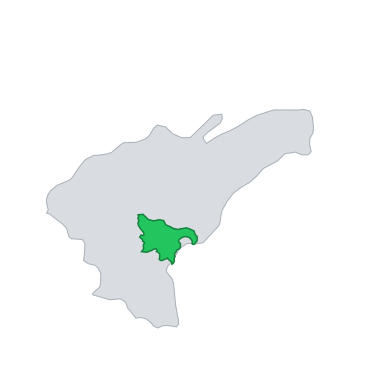 where Azua sits in Dominican Republic, rotated 320°
{"feature_id": "DOM-1974", "entity_name": "Azua", "entity_type": "Province", "adm_level": 1, "iso_a3": "DOM", "parent_name": "Dominican Republic", "parent_adm1": "", "projection": "mercator", "projection_center": [-70.822, 18.624], "detail": "fine", "context": "in_parent", "style": "filled", "palette": "green", "viewbox_px": 384, "rotation_deg": 320, "n_neighbors": 0, "source": "natural_earth", "source_scale": "10m", "svg_char_len": 2806}
<svg xmlns="http://www.w3.org/2000/svg" viewBox="0 0 384 384"><g transform="rotate(320 192 192)"><path d="M67.9,252.5L68.2,239.1L70.3,233.6L68.4,227.8L59.8,221.7L54.5,213.8L49.8,206.8L50.9,205.8L60.2,205.5L63.5,202.9L69.8,195.7L71.1,190.0L70.6,185.6L66.5,180.4L64.9,174.9L69.9,170.1L76.5,163.1L77.4,160.4L77.3,157.7L69.6,150.3L69.0,147.2L72.6,139.1L72.3,133.8L68.7,117.2L67.0,114.7L70.4,113.3L72.7,108.4L75.7,104.0L79.7,101.6L84.2,100.1L93.2,100.2L105.7,104.1L109.2,104.0L121.2,100.5L131.1,98.6L140.4,100.8L144.2,103.8L151.9,108.5L155.8,110.0L168.0,109.9L171.3,110.3L181.5,118.2L190.1,121.3L195.1,121.5L204.1,118.4L208.5,118.5L213.6,125.3L214.6,134.9L218.9,143.6L225.4,149.2L257.6,146.9L264.8,151.5L262.3,155.3L257.8,157.3L242.5,156.4L235.8,156.9L234.4,160.6L234.4,164.2L243.4,165.0L252.1,166.8L261.1,169.6L270.2,171.5L280.4,172.7L290.5,174.8L307.3,181.6L325.9,197.3L330.9,200.8L334.2,205.7L332.6,211.7L325.9,221.6L322.2,224.7L316.7,226.7L313.0,230.7L309.3,237.6L307.1,238.2L304.5,237.9L300.0,234.0L296.9,228.0L287.9,222.4L277.2,223.1L261.5,219.8L252.0,221.4L242.5,221.7L232.8,220.0L223.0,219.5L213.2,221.6L203.8,225.2L200.3,227.5L194.2,233.1L191.0,235.1L167.9,238.0L161.3,233.9L155.1,228.2L146.3,227.5L133.4,231.8L125.4,233.4L122.1,235.3L121.1,237.4L121.1,245.2L119.3,250.0L106.8,268.0L99.7,280.7L96.8,284.6L93.4,285.4L87.3,278.2L83.3,275.5L78.5,274.2L76.4,270.3L76.5,264.8L75.2,259.5L72.2,255.3L67.9,252.5Z" fill="#d9dde1" stroke="#a8b0b8" stroke-width="1"/><path d="M160.2,233.5L159.2,232.8L158.8,232.1L159.0,231.3L159.5,230.9L160.0,230.6L160.4,230.1L160.8,228.4L160.8,226.7L160.6,225.2L160.2,224.2L158.5,222.1L157.5,221.3L155.7,220.6L154.1,220.3L152.2,220.1L150.5,220.6L149.8,222.0L150.1,223.7L149.9,224.4L147.6,226.7L147.0,227.1L146.1,227.3L145.2,227.3L143.6,226.8L142.9,226.7L142.3,226.9L141.2,227.7L140.5,227.9L139.5,227.8L139.1,228.0L138.4,228.7L138.2,229.0L137.7,230.0L137.6,230.4L137.4,230.7L136.3,231.0L135.9,231.2L133.9,233.7L132.8,234.3L130.9,234.6L130.2,234.3L131.4,232.3L130.8,229.7L130.5,228.0L130.7,226.8L128.4,226.2L125.9,225.5L124.9,225.2L124.2,224.6L123.9,223.7L123.5,222.7L125.8,220.7L127.4,218.6L127.2,216.0L126.4,214.7L128.0,214.0L128.1,212.6L126.0,211.2L123.5,210.8L118.7,209.1L115.0,205.3L118.4,204.4L120.5,201.4L121.7,200.9L123.2,200.2L123.0,199.1L122.5,198.2L123.3,197.1L123.4,196.1L122.9,193.0L125.4,192.2L126.1,193.6L127.2,194.1L128.3,193.1L128.9,191.7L128.9,187.4L129.4,183.4L130.4,181.3L132.3,180.0L133.4,178.9L133.7,177.3L135.3,176.5L136.0,174.8L140.1,177.6L140.9,185.1L144.2,189.6L149.0,192.1L151.9,195.7L150.8,200.3L153.1,204.8L154.7,208.9L155.8,209.6L156.4,210.8L157.8,212.1L159.6,212.8L162.2,214.5L164.7,215.8L166.3,218.5L168.0,221.9L168.5,223.4L167.7,224.9L167.1,227.1L167.3,229.5L164.5,232.7L160.2,233.5Z" fill="#22c55e" stroke="#15803d" stroke-width="1.5"/></g></svg>